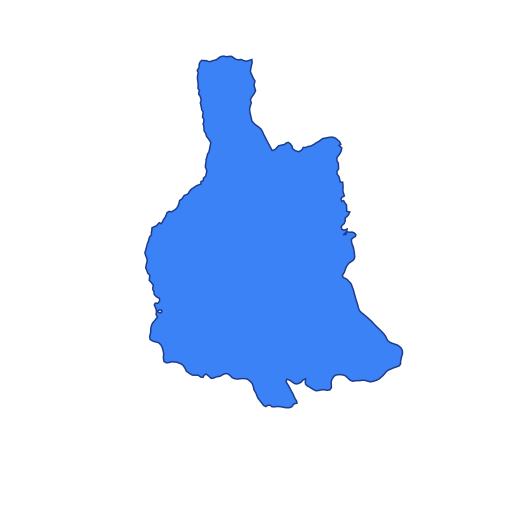 outline of Jequitaí, Minas Gerais, Brazil, rotated 316°
{"feature_id": "56859067B67502513716285", "entity_name": "Jequitaí", "entity_type": "district", "adm_level": 2, "iso_a3": "BRA", "parent_name": "Brazil", "parent_adm1": "Minas Gerais", "projection": "mercator", "projection_center": [-44.461, -17.201], "detail": "fine", "context": "isolated", "style": "filled", "palette": "blue", "viewbox_px": 512, "rotation_deg": 316, "n_neighbors": 0, "source": "geoboundaries", "source_scale": "gbopen_adm2", "svg_char_len": 5701}
<svg xmlns="http://www.w3.org/2000/svg" viewBox="0 0 512 512"><g transform="rotate(316 256 256)"><path d="M352.8,77.5L350.3,77.7L348.4,78.5L346.2,80.7L342.5,81.8L341.8,84.1L339.2,85.7L337.0,87.8L335.2,90.4L333.1,92.9L330.7,95.1L330.3,97.6L328.5,98.6L327.1,100.0L326.9,102.0L326.0,103.8L324.8,105.9L322.3,107.2L320.1,110.9L318.5,113.2L318.1,115.5L316.3,117.1L314.0,118.9L313.5,121.4L311.7,123.2L309.7,124.2L308.7,126.3L307.2,128.1L305.6,129.9L305.1,132.7L303.5,135.7L303.1,139.4L302.2,143.1L299.7,144.8L297.2,146.6L294.5,148.4L291.8,149.1L290.1,150.3L287.0,152.0L285.4,153.7L283.1,155.2L281.4,156.8L280.4,159.4L279.2,161.1L277.3,162.3L275.1,163.7L272.3,163.5L270.2,165.2L268.1,164.2L266.4,166.0L264.6,165.2L262.5,164.3L260.2,163.8L258.3,163.5L255.8,163.0L253.4,163.2L250.8,164.0L248.8,163.7L246.4,162.6L242.5,163.5L239.6,163.0L237.5,164.4L235.0,165.7L232.1,166.6L229.4,166.4L226.2,165.7L224.4,163.5L222.1,163.0L220.1,164.0L217.3,165.2L215.1,165.4L212.7,166.5L210.1,166.8L209.6,164.9L207.6,164.9L205.1,165.1L203.2,164.2L200.6,163.5L198.9,165.2L196.9,166.5L195.3,168.3L193.3,168.2L191.5,169.0L188.3,170.9L186.2,171.8L184.2,173.1L181.3,174.8L178.3,176.5L177.1,178.7L176.0,181.5L174.4,183.9L171.5,185.7L168.4,187.9L167.5,190.4L166.2,193.3L166.2,196.0L164.3,197.7L162.3,199.4L162.3,202.3L161.8,205.8L159.6,207.2L158.3,208.8L157.9,210.8L156.2,212.7L156.0,214.9L156.3,217.1L157.1,219.4L155.4,221.5L152.5,221.8L150.7,219.9L148.8,220.6L147.8,223.4L146.3,226.7L143.6,228.5L142.6,231.7L140.6,231.7L137.8,232.2L135.6,232.3L133.1,233.1L130.3,234.8L128.6,236.3L127.1,237.9L125.1,239.0L123.3,240.3L121.8,242.6L123.0,246.3L124.6,248.8L125.8,251.0L125.8,254.0L124.9,256.8L123.2,259.9L121.8,262.2L120.1,263.5L118.3,265.3L116.5,268.0L117.4,270.7L119.7,272.4L122.0,273.5L123.5,275.5L124.9,276.8L126.1,279.3L127.3,281.9L127.6,284.2L127.0,287.2L125.9,290.6L126.6,294.4L127.4,297.3L129.1,299.2L131.6,301.5L132.1,304.7L133.6,306.5L135.8,305.7L138.1,306.2L138.6,309.3L138.7,312.8L140.6,314.3L143.3,315.3L145.2,316.6L146.8,317.6L149.0,318.1L151.7,318.9L153.8,321.0L154.4,324.1L154.3,326.7L155.3,329.3L157.2,331.7L159.3,333.2L161.8,335.4L164.2,338.3L164.7,341.4L164.8,344.0L164.2,346.3L163.2,348.3L161.5,351.1L160.7,354.7L159.8,356.7L158.7,359.4L158.3,362.8L158.0,366.0L157.7,368.6L158.4,371.1L160.9,371.7L162.5,373.2L162.8,375.5L164.3,377.2L166.5,378.8L168.7,381.1L170.4,383.5L172.2,386.0L174.6,388.3L177.0,389.3L178.9,389.0L181.1,388.8L183.1,390.4L184.4,388.8L184.9,386.2L185.6,383.8L186.5,381.8L187.1,379.6L187.6,377.6L188.6,374.6L189.3,371.9L189.7,370.0L190.4,367.1L192.7,366.2L193.9,368.6L194.5,371.4L195.1,374.6L196.7,376.6L198.7,377.5L200.8,378.1L203.7,377.8L206.3,378.8L204.1,380.7L202.7,382.4L202.6,384.7L203.3,386.9L203.8,389.0L204.4,391.5L205.4,394.4L207.1,395.9L209.1,397.1L211.9,399.2L213.9,402.1L216.2,403.6L218.7,403.1L221.0,400.7L222.6,398.7L225.1,397.4L228.3,396.7L230.7,397.1L232.4,398.3L234.0,399.6L235.9,401.9L237.0,404.0L237.2,406.1L237.3,408.7L237.5,411.0L238.6,413.3L240.6,414.6L242.1,415.9L244.0,417.7L246.4,419.4L248.2,421.4L249.4,423.7L250.8,425.9L253.3,427.6L256.2,429.0L259.2,430.0L262.0,430.1L264.4,430.2L266.6,430.0L269.7,429.7L271.9,430.0L274.0,430.8L277.0,431.9L280.1,433.4L282.7,434.5L285.0,434.1L286.8,432.2L288.8,430.9L290.9,429.5L293.6,428.0L295.5,425.8L296.4,423.4L296.4,421.0L295.9,418.3L294.8,416.2L293.8,414.3L292.5,411.5L292.0,408.8L292.4,406.6L293.4,403.9L293.9,400.3L293.9,396.6L293.8,393.9L293.7,391.1L293.6,388.3L293.7,386.2L293.8,383.7L293.6,381.0L293.4,377.7L293.1,375.0L292.9,372.5L292.5,369.8L292.5,367.1L293.6,364.5L295.2,361.8L296.5,359.2L297.5,357.2L298.5,355.2L299.6,353.3L300.8,351.0L302.4,348.2L303.8,345.0L304.9,342.6L305.2,340.6L305.2,338.4L305.2,336.3L304.7,334.2L303.8,332.2L304.5,330.0L308.4,329.0L311.1,327.6L313.5,326.5L315.5,326.0L318.1,325.7L320.5,326.2L323.7,326.6L326.1,325.5L327.9,323.4L329.5,321.2L331.3,318.6L332.5,316.5L333.3,314.3L334.3,312.6L336.1,310.3L339.0,310.4L341.1,311.0L342.7,309.9L342.7,307.5L341.8,305.6L339.8,303.9L338.0,301.4L340.3,299.9L337.5,298.7L336.2,296.6L337.5,294.2L339.7,293.8L341.9,293.9L344.5,292.8L346.5,290.6L348.9,290.8L351.0,290.6L354.1,289.5L352.3,287.0L354.7,284.2L356.6,282.1L356.9,279.3L357.5,277.0L355.7,276.3L356.5,274.1L358.6,273.5L361.3,274.2L362.5,271.7L363.7,269.5L365.9,267.5L367.8,265.4L369.6,263.1L368.0,261.1L369.6,258.7L370.8,256.6L371.2,253.5L373.1,251.3L376.0,250.7L377.7,248.7L379.7,246.4L380.4,243.6L382.6,241.4L386.0,240.9L388.3,240.4L390.5,239.5L392.9,237.7L392.4,234.2L394.6,234.6L395.5,231.7L395.3,229.2L395.1,226.6L394.2,224.5L392.8,222.8L390.4,221.0L387.8,219.4L385.7,217.9L383.1,217.5L380.8,217.2L378.0,216.4L375.4,216.0L373.6,215.5L371.6,214.9L369.8,213.5L367.1,212.5L365.4,210.7L362.4,211.6L359.1,210.6L357.4,207.5L356.9,204.2L358.2,202.1L358.6,199.0L358.2,196.7L356.3,195.7L353.8,195.5L351.0,193.7L348.7,192.4L346.5,192.5L343.9,192.7L340.9,191.4L341.7,188.5L342.5,185.7L343.4,182.4L344.1,180.1L345.1,176.9L346.1,173.5L347.1,170.9L347.8,167.9L347.5,165.0L347.1,162.9L346.6,159.6L346.8,156.1L348.2,153.8L349.7,151.3L351.2,148.9L352.5,146.9L354.3,145.2L357.0,143.6L359.1,142.5L360.0,140.4L361.5,139.2L364.2,138.5L367.5,137.9L370.5,136.8L372.0,134.0L373.1,131.8L374.8,130.7L376.9,129.4L377.2,127.5L377.9,125.2L378.9,122.4L380.1,119.4L382.6,117.5L385.2,115.7L387.6,114.2L389.5,111.8L387.0,110.6L384.4,109.2L382.8,106.8L381.9,104.4L379.5,102.6L378.2,100.6L377.6,97.9L377.2,95.5L375.3,93.7L373.0,92.0L371.8,90.0L370.1,88.6L367.9,87.7L365.9,87.5L363.7,87.3L361.6,86.0L359.6,85.0L357.2,83.7L356.0,81.0L354.3,79.2L352.8,77.5ZM146.3,226.7L149.4,227.9L150.5,229.8L148.6,231.0L147.1,229.6L146.3,226.7ZM338.0,301.4L335.7,303.0L334.1,301.6L338.0,301.4Z" fill="#3b82f6" stroke="#1e3a8a" stroke-width="1.5"/></g></svg>